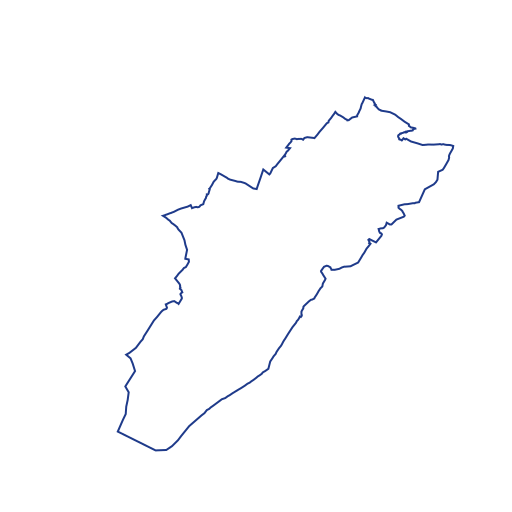 the district of Hægebostad nor, Vest-Agder, Norway, rotated 228°
{"feature_id": "86288312B80239267683726", "entity_name": "Hægebostad nor", "entity_type": "district", "adm_level": 2, "iso_a3": "NOR", "parent_name": "Norway", "parent_adm1": "Vest-Agder", "projection": "mercator", "projection_center": [7.226, 58.477], "detail": "fine", "context": "isolated", "style": "outline", "palette": "blue", "viewbox_px": 512, "rotation_deg": 228, "n_neighbors": 0, "source": "geoboundaries", "source_scale": "gbopen_adm2", "svg_char_len": 6073}
<svg xmlns="http://www.w3.org/2000/svg" viewBox="0 0 512 512"><g transform="rotate(228 256 256)"><path d="M218.0,35.8L178.7,51.3L171.9,59.5L170.9,66.4L171.3,74.8L172.3,79.9L174.3,92.6L174.0,109.0L173.7,112.5L174.4,116.3L173.7,119.0L173.8,120.8L173.4,124.0L172.4,134.8L171.0,138.1L170.7,141.2L170.2,143.2L169.7,146.9L168.4,153.8L167.9,156.1L167.1,160.9L166.8,164.2L166.1,166.6L166.0,168.6L165.6,171.2L165.3,174.9L165.3,176.7L164.9,178.7L164.6,181.5L164.9,182.7L164.9,183.6L164.4,185.6L163.9,189.7L168.1,196.0L168.2,196.4L169.1,200.0L169.7,202.0L170.1,205.2L170.7,206.4L171.0,207.2L171.5,209.1L172.1,211.5L172.5,214.3L173.0,216.0L174.1,218.9L174.7,220.9L174.9,221.9L176.7,228.0L178.7,235.5L179.6,241.0L179.9,241.8L180.1,242.2L180.3,242.7L180.4,244.3L180.7,245.6L181.1,246.7L181.7,248.3L181.2,248.7L180.7,248.7L180.8,249.4L181.0,250.0L181.5,250.6L182.2,250.7L184.2,252.5L184.4,252.9L184.7,253.6L185.4,256.0L186.6,257.4L186.7,258.2L186.8,261.8L186.8,262.7L186.9,264.7L186.7,267.5L186.1,268.4L185.4,270.9L185.9,271.8L186.5,274.3L187.1,276.4L188.1,279.3L188.4,280.6L188.9,282.4L188.9,283.4L189.0,284.9L190.8,287.3L192.0,291.2L192.6,292.5L197.4,293.3L198.5,293.6L200.5,293.8L201.3,294.2L201.5,294.7L201.7,295.8L201.7,296.2L202.0,296.8L202.3,298.6L202.5,299.3L201.5,302.0L200.4,302.8L197.8,303.7L196.8,303.3L195.5,303.1L195.2,302.9L193.1,305.2L190.7,309.4L190.0,312.2L189.0,314.5L188.4,315.1L185.1,319.4L184.4,322.0L182.8,327.5L184.5,333.2L185.4,335.9L185.9,338.3L186.0,338.7L187.5,343.1L188.0,346.6L188.5,349.2L189.9,348.7L190.3,349.7L192.8,350.3L192.8,351.5L185.8,354.3L187.1,362.7L187.9,364.1L189.1,364.2L190.2,363.6L191.8,364.0L194.0,365.2L193.8,365.5L193.1,367.1L191.7,368.9L191.4,370.3L191.9,373.1L193.3,375.4L189.8,376.6L188.8,377.8L189.1,384.7L186.4,391.9L186.3,392.3L186.5,393.5L188.7,394.2L190.9,394.6L191.3,394.8L193.0,394.8L195.0,394.3L196.5,394.2L198.0,395.5L195.1,400.9L193.1,403.4L190.2,408.0L189.3,408.9L189.0,409.3L189.0,409.6L188.9,410.1L186.9,413.2L192.6,426.1L190.3,436.1L190.5,439.1L191.3,441.9L196.7,447.7L195.5,451.4L195.3,452.0L195.2,452.6L195.7,454.7L196.9,458.5L198.5,463.3L199.9,465.4L201.1,466.2L201.9,467.6L202.6,469.4L203.1,471.0L204.2,474.2L205.8,476.2L208.3,474.7L209.1,474.0L210.9,472.1L212.5,470.8L213.8,470.0L214.8,468.3L215.7,467.9L216.0,467.6L216.4,467.2L216.5,466.9L220.1,462.3L223.7,458.5L224.8,456.9L225.4,456.2L226.0,455.3L227.1,454.0L231.3,451.6L237.4,447.8L242.6,446.1L242.8,444.9L244.8,444.4L244.3,442.0L244.3,441.7L245.7,441.3L246.7,440.5L246.9,440.5L247.2,440.8L247.5,441.0L249.4,441.4L249.9,441.7L250.1,441.9L250.4,442.4L250.5,442.7L250.5,443.0L250.2,443.7L250.4,444.3L250.4,444.6L250.5,444.9L250.3,445.5L249.9,445.6L249.9,445.9L250.0,446.1L249.4,447.2L249.1,447.9L248.9,448.8L248.8,449.0L248.5,449.1L248.4,449.2L248.3,449.6L248.3,450.1L247.4,450.1L247.1,451.2L247.6,451.5L247.5,451.8L246.5,453.3L245.7,454.6L244.9,455.6L244.6,456.3L244.5,456.5L244.8,456.9L244.8,457.1L244.8,457.6L244.7,458.5L244.0,459.7L244.2,459.8L246.4,458.4L246.7,458.1L247.2,457.7L248.0,457.1L249.2,457.0L250.4,456.7L251.5,457.7L256.3,456.3L260.9,455.4L264.1,454.6L266.8,454.2L268.2,453.9L271.6,452.5L273.1,451.9L276.5,449.3L280.3,446.2L280.8,446.3L282.2,445.5L284.2,445.3L286.0,445.4L286.6,445.6L287.2,445.1L287.4,445.3L287.4,445.5L287.6,445.5L288.0,445.4L288.3,446.0L288.8,445.6L288.8,445.9L289.3,445.8L289.9,446.4L290.4,446.3L293.8,447.3L294.5,446.7L297.5,445.2L298.3,445.0L299.3,443.8L300.6,443.0L300.9,443.0L298.9,438.3L298.5,437.4L298.2,436.3L297.0,434.4L295.6,432.4L294.2,428.9L294.0,428.7L293.9,428.5L292.9,425.4L292.1,424.6L294.6,420.1L294.9,415.8L295.3,415.2L295.7,414.6L296.5,414.8L297.9,414.1L300.7,413.6L304.2,412.5L305.7,411.7L306.5,411.6L307.4,411.4L310.0,411.4L309.3,408.9L309.0,407.1L308.3,404.1L307.8,400.5L306.8,399.2L307.3,397.4L307.2,397.1L307.1,396.2L306.4,391.6L305.8,386.4L305.1,382.9L304.5,378.3L305.1,377.9L310.0,373.6L311.3,371.0L310.9,368.8L312.2,368.4L312.8,368.0L314.8,365.6L315.5,364.5L316.3,364.1L317.4,363.3L318.6,361.2L318.8,360.2L317.9,359.5L317.6,359.2L317.3,357.7L317.2,355.6L317.0,355.0L316.9,354.3L316.3,351.0L313.4,353.4L312.9,350.2L313.0,348.8L312.9,348.2L312.6,347.6L312.0,345.7L311.8,344.6L310.7,344.5L310.7,343.9L311.6,343.5L311.3,341.5L311.2,341.1L310.5,336.6L310.1,333.8L309.5,330.7L310.1,327.4L307.8,321.8L307.7,320.5L315.4,319.3L311.1,311.7L306.7,303.7L305.3,301.3L306.9,300.1L307.3,299.7L308.2,299.1L316.9,296.8L318.3,296.1L321.3,294.3L323.6,292.0L325.5,290.9L330.2,287.8L331.4,287.3L331.9,287.0L333.3,286.8L340.1,284.6L342.9,283.5L340.4,279.4L340.0,278.6L339.8,277.9L339.7,276.2L339.5,274.2L338.2,270.7L337.4,267.6L337.1,266.9L337.2,266.2L336.4,266.1L335.0,263.7L334.3,262.7L334.0,261.9L334.1,260.9L334.6,260.6L334.0,260.0L333.5,259.3L333.5,258.8L332.8,257.8L332.4,257.2L332.3,256.5L331.4,254.0L329.8,251.5L330.8,248.7L330.5,247.1L330.6,246.4L331.3,245.2L332.5,244.4L332.6,244.1L333.0,243.6L333.6,242.5L333.9,241.6L334.3,241.0L334.4,240.5L337.5,241.5L338.4,238.3L341.4,232.1L342.6,229.0L343.8,224.4L344.6,222.5L344.6,222.2L345.4,220.5L346.4,217.8L346.8,217.0L347.3,215.6L348.1,213.8L344.5,214.8L341.8,215.1L339.8,215.6L339.4,215.5L336.9,215.4L336.1,215.6L334.8,216.0L333.8,216.1L333.1,216.3L330.0,216.7L329.6,216.5L329.0,216.3L327.5,216.1L323.2,216.2L315.6,213.4L311.7,211.1L306.7,208.9L301.6,202.0L301.2,201.6L298.5,203.7L296.6,202.3L295.5,199.2L294.7,196.4L295.3,194.5L295.1,193.1L294.9,192.5L294.6,186.6L294.0,183.8L293.6,180.9L286.7,180.5L285.7,180.3L284.6,179.7L284.5,179.4L284.4,179.3L283.0,178.7L282.8,178.4L283.1,178.2L283.0,177.9L282.6,177.5L280.7,177.8L278.3,176.9L278.5,176.0L278.3,174.4L277.9,174.1L276.6,173.8L274.8,173.1L274.0,172.4L272.2,166.4L273.4,166.3L274.2,165.8L277.1,165.1L278.3,163.3L279.7,159.2L279.8,158.2L280.4,156.6L277.1,155.2L276.7,154.0L277.9,151.3L278.0,149.4L277.9,147.9L276.9,141.7L276.4,137.0L273.1,125.5L271.3,118.9L270.2,116.7L269.9,116.0L269.6,113.0L268.1,105.3L268.7,97.1L269.5,93.5L263.9,94.3L258.6,92.4L251.4,89.1L247.0,73.3L246.5,71.6L239.9,70.2L234.8,64.2L230.9,58.8L225.7,53.4L225.3,52.4L223.3,47.5L218.0,35.8Z" fill="none" stroke="#1e3a8a" stroke-width="2"/></g></svg>